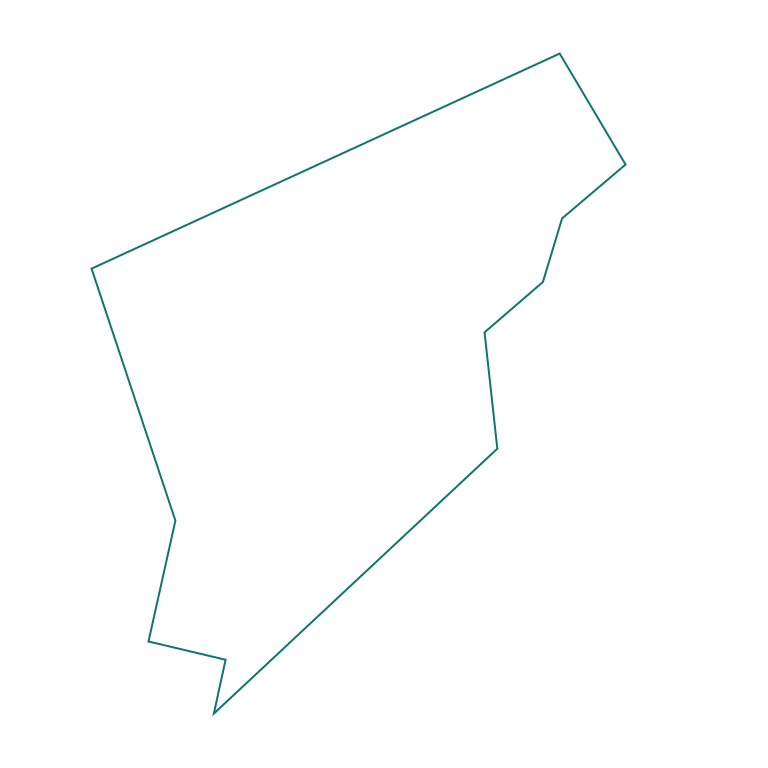 an SVG outline of Mengeš, rotated 171°
{"feature_id": "SVN-968", "entity_name": "Mengeš", "entity_type": "Municipality", "adm_level": 1, "iso_a3": "SVN", "parent_name": "Slovenia", "parent_adm1": "", "projection": "natural_earth1", "projection_center": [14.55, 46.165], "detail": "fine", "context": "isolated", "style": "outline", "palette": "teal", "viewbox_px": 768, "rotation_deg": 171, "n_neighbors": 0, "source": "natural_earth", "source_scale": "10m", "svg_char_len": 309}
<svg xmlns="http://www.w3.org/2000/svg" viewBox="0 0 768 768"><g transform="rotate(171 384 384)"><path d="M111.1,563.0L182.2,519.7L211.1,459.9L276.6,419.3L282.2,302.4L603.6,85.1L583.6,136.4L656.9,166.5L611.4,281.7L654.8,543.7L158.8,682.9L111.1,563.0Z" fill="none" stroke="#0f766e" stroke-width="2"/></g></svg>